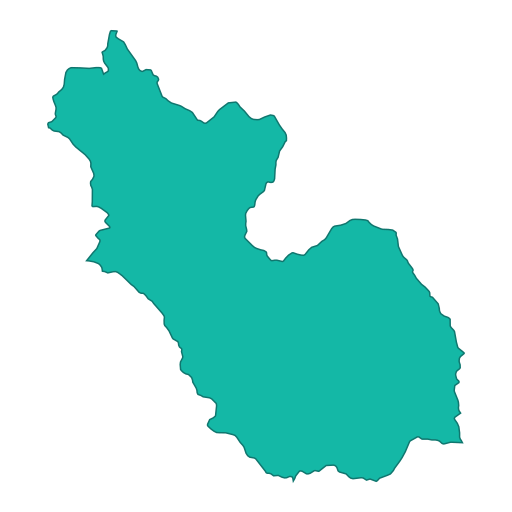 outline of Sa Pa, Lào Cai, Vietnam
{"feature_id": "81297802B16025441122040", "entity_name": "Sa Pa", "entity_type": "district", "adm_level": 2, "iso_a3": "VNM", "parent_name": "Vietnam", "parent_adm1": "Lào Cai", "projection": "orthographic", "projection_center": [103.926, 22.315], "detail": "fine", "context": "isolated", "style": "filled", "palette": "teal", "viewbox_px": 512, "rotation_deg": 0, "n_neighbors": 0, "source": "geoboundaries", "source_scale": "gbopen_adm2", "svg_char_len": 5984}
<svg xmlns="http://www.w3.org/2000/svg" viewBox="0 0 512 512"><path d="M395.9,232.3L392.7,230.1L388.3,229.5L382.5,229.3L381.3,229.0L373.7,226.0L371.3,224.5L369.1,222.4L367.8,220.7L365.5,220.0L360.7,219.5L355.1,219.3L352.4,219.5L350.0,220.5L345.9,223.5L340.7,225.2L334.8,226.1L333.2,226.9L331.7,228.6L326.3,237.8L324.6,239.7L321.8,241.4L317.4,245.5L311.7,247.3L308.8,249.8L305.0,254.6L303.6,255.3L301.1,255.1L297.2,254.2L293.3,252.8L292.2,252.8L288.6,255.1L285.6,258.2L283.6,260.9L282.8,261.4L282.3,261.5L276.8,260.2L274.9,260.2L272.6,260.6L271.2,260.6L270.1,259.5L267.3,256.1L266.8,255.2L266.5,252.6L266.0,251.8L263.8,250.5L260.6,249.8L256.7,248.5L254.6,247.5L252.2,245.5L245.1,238.4L244.5,237.0L244.9,235.3L246.8,231.3L246.6,229.4L245.7,225.8L245.7,223.5L246.0,221.3L245.5,215.2L245.7,213.4L247.0,210.9L248.3,209.1L249.7,207.7L251.8,207.2L253.0,207.2L254.2,206.6L254.7,205.1L255.1,201.9L255.8,199.7L258.2,195.8L259.9,194.2L263.3,191.7L264.4,190.5L266.0,183.7L266.6,182.7L267.6,182.0L268.3,181.9L270.3,182.4L271.5,182.4L272.9,182.1L273.9,180.9L274.6,178.8L275.1,169.2L275.9,164.9L275.9,162.2L276.2,160.5L278.1,157.3L279.6,151.0L282.7,146.7L285.2,141.7L286.4,140.7L286.5,138.1L286.2,135.1L285.0,132.5L282.0,128.8L279.3,124.9L274.3,116.1L273.2,115.5L270.4,115.0L264.7,117.0L259.4,119.5L257.3,119.7L253.5,119.4L251.4,118.6L249.0,116.7L244.4,111.1L240.0,106.9L238.3,104.3L236.6,102.5L235.8,102.1L228.3,102.9L219.5,109.6L217.8,111.4L214.1,116.9L206.4,123.0L205.0,123.3L203.7,122.9L201.5,121.3L199.9,120.5L197.5,120.2L192.4,112.5L189.7,110.7L185.3,108.8L181.3,106.3L179.5,105.5L171.4,103.0L168.1,100.8L165.9,98.7L162.6,97.0L162.1,96.3L157.1,83.5L157.1,82.1L158.3,80.4L158.6,79.6L158.4,78.7L157.7,77.2L156.4,76.2L154.3,75.6L153.1,74.8L151.2,70.4L150.4,69.9L146.1,69.6L142.6,71.4L141.8,71.4L139.9,70.5L138.8,69.2L137.9,67.2L136.8,63.1L135.6,60.6L127.3,49.0L125.3,44.7L123.6,41.9L118.3,38.8L116.1,37.1L115.7,35.9L115.9,34.3L117.1,31.2L116.7,31.0L111.3,30.7L110.5,31.2L109.5,34.3L107.8,43.6L107.7,45.9L107.2,47.5L105.2,50.3L102.3,52.0L102.1,52.3L103.2,56.1L103.3,59.3L103.7,61.2L104.7,63.2L108.0,67.5L108.4,68.7L108.3,70.9L107.6,71.6L105.0,73.1L103.6,74.2L101.5,68.3L100.5,67.8L98.8,67.6L96.2,67.6L89.2,68.4L80.2,67.9L71.8,67.7L70.8,67.8L69.1,68.6L67.4,70.0L65.9,72.5L64.6,79.4L64.2,84.3L63.4,87.2L61.7,89.5L58.7,92.0L57.6,93.4L56.5,94.4L53.4,96.1L53.0,96.7L52.8,97.3L53.1,99.0L53.8,101.4L55.5,105.6L56.1,107.6L56.0,109.5L55.3,113.4L55.4,114.6L56.1,116.3L55.8,117.6L52.1,121.4L51.4,121.8L48.5,122.7L48.1,123.3L47.8,124.2L48.6,127.7L50.0,128.0L52.3,130.1L54.1,131.0L59.2,131.7L61.0,132.9L63.1,135.1L68.0,137.5L69.6,138.9L73.2,144.3L75.9,147.1L85.2,154.7L89.1,159.1L90.4,161.2L90.9,163.2L90.8,166.8L93.7,173.4L94.0,175.4L93.9,176.5L92.5,179.3L90.7,181.5L90.5,183.2L90.8,185.5L91.7,187.2L92.4,189.4L92.3,201.8L92.0,205.9L92.8,206.6L96.7,206.4L98.4,206.8L101.2,208.3L107.2,212.7L108.0,213.6L108.8,215.1L108.7,215.6L105.2,220.0L104.9,221.0L105.1,221.8L105.8,222.7L109.6,226.5L109.9,227.6L109.6,228.0L100.2,230.4L99.1,231.0L95.9,234.7L95.7,235.2L95.9,235.7L98.2,238.4L99.7,239.6L100.0,240.3L99.9,241.6L96.8,248.6L92.9,252.8L86.6,260.7L89.0,260.9L93.9,261.8L98.5,263.6L100.1,265.0L101.7,267.3L102.1,268.8L102.4,271.2L104.8,271.6L107.8,272.9L113.2,271.7L115.8,271.6L117.9,272.5L122.2,275.7L131.2,284.5L134.0,286.5L139.1,292.3L141.0,293.2L143.2,293.3L144.3,294.0L146.1,295.9L148.2,298.8L152.2,301.3L153.7,303.5L162.0,313.0L164.0,315.8L164.4,317.1L164.1,320.3L164.2,324.0L164.8,325.6L166.6,327.5L169.1,331.0L172.3,337.8L173.1,338.9L177.8,341.6L178.4,342.8L178.7,345.2L179.5,347.0L181.6,348.7L181.8,349.9L181.5,351.6L182.8,356.6L182.6,357.9L180.5,362.0L180.2,364.5L180.6,369.5L181.4,370.6L183.4,372.5L185.9,373.9L188.5,374.5L191.6,377.5L192.5,380.0L192.8,382.2L196.2,388.1L196.9,390.2L197.2,392.8L198.0,394.4L201.0,395.5L203.1,396.8L209.6,397.8L211.7,398.9L216.3,403.5L216.6,405.8L215.6,415.3L215.3,416.2L213.2,417.9L209.7,419.6L207.6,424.2L207.5,425.2L208.0,426.2L211.0,429.0L214.0,431.2L216.6,432.5L219.3,432.7L225.7,432.8L232.9,434.6L235.0,435.4L236.7,437.1L240.2,442.4L242.9,445.4L244.1,447.3L246.1,453.3L247.7,455.7L249.8,457.2L254.4,458.0L255.8,458.9L265.5,471.4L266.1,472.6L267.1,473.2L269.4,473.3L271.1,473.9L273.6,475.8L278.3,475.4L282.0,477.2L284.7,477.9L286.7,477.7L289.4,476.5L290.9,476.5L292.2,477.0L292.8,478.0L293.3,481.0L294.7,478.6L295.7,475.9L299.3,471.3L300.0,470.9L302.1,471.2L306.4,473.8L308.0,473.9L310.1,473.3L314.3,470.7L315.3,470.6L318.6,471.3L319.0,471.2L326.2,465.5L333.4,465.1L334.9,465.5L336.0,466.3L336.9,467.5L338.1,470.9L339.5,472.0L346.1,473.9L348.9,476.8L350.7,478.1L353.0,478.7L361.2,477.7L363.2,478.0L366.5,480.1L370.0,479.0L376.2,481.3L377.3,480.7L379.6,478.2L387.6,475.2L390.3,474.0L391.0,473.3L393.4,470.5L394.6,468.2L399.9,461.0L402.1,457.6L405.3,451.7L409.5,441.8L410.2,440.9L417.5,436.8L418.8,436.9L421.8,439.0L422.3,439.1L427.7,439.1L431.8,439.9L435.2,439.9L437.5,440.3L439.5,441.1L441.9,443.3L443.2,443.9L444.5,443.8L450.2,442.3L451.2,442.2L462.4,442.7L461.2,440.4L460.3,439.2L459.6,437.2L459.6,432.8L458.8,426.8L457.3,423.3L454.8,419.7L454.3,418.6L454.7,417.4L455.3,416.9L460.6,413.1L459.1,410.9L458.7,409.9L458.4,407.8L458.7,405.4L458.4,402.3L457.9,400.3L454.4,391.6L454.2,390.3L454.8,385.5L458.9,382.6L459.0,381.6L458.8,381.1L456.7,379.1L455.8,375.9L455.6,374.0L456.3,371.7L456.8,371.0L459.5,368.8L460.2,367.8L460.1,364.8L459.4,362.6L459.1,361.1L459.4,358.3L460.4,356.6L463.9,353.7L464.2,353.1L463.1,352.0L458.6,348.4L457.8,347.5L456.4,342.2L454.5,331.6L453.9,330.5L451.0,327.4L450.2,325.9L450.1,319.2L448.9,318.0L447.9,317.4L444.2,316.1L440.8,313.7L439.8,311.7L439.4,310.3L439.3,308.5L438.2,303.9L432.5,297.3L430.6,296.7L429.9,296.1L429.7,292.7L429.1,291.4L425.1,287.1L421.5,284.3L416.3,278.3L414.7,275.4L412.6,272.4L412.6,271.3L413.1,270.1L412.5,268.6L408.5,263.4L407.8,262.1L407.6,261.2L406.7,259.8L404.1,257.6L403.0,256.4L402.1,254.8L398.4,246.5L397.5,239.0L396.1,235.2L396.2,233.0L395.9,232.3Z" fill="#14b8a6" stroke="#0f766e" stroke-width="1.5"/></svg>